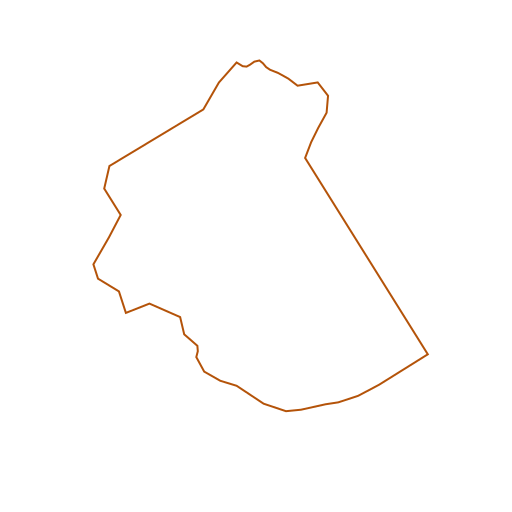 map outline of Masaka (orthographic projection), rotated 328°
{"feature_id": "UGA-3362", "entity_name": "Masaka", "entity_type": "District", "adm_level": 1, "iso_a3": "UGA", "parent_name": "Uganda", "parent_adm1": "", "projection": "orthographic", "projection_center": [31.848, -0.502], "detail": "fine", "context": "isolated", "style": "outline", "palette": "amber", "viewbox_px": 512, "rotation_deg": 328, "n_neighbors": 0, "source": "natural_earth", "source_scale": "10m", "svg_char_len": 710}
<svg xmlns="http://www.w3.org/2000/svg" viewBox="0 0 512 512"><g transform="rotate(328 256 256)"><path d="M292.1,430.4L268.5,428.7L248.2,423.7L236.4,418.6L212.7,410.2L199.2,403.5L184.2,385.3L170.8,355.8L159.6,342.9L150.8,326.6L151.8,310.1L156.2,305.9L158.7,301.1L153.6,284.4L159.3,267.6L140.4,239.9L115.5,235.3L121.0,213.4L110.0,191.5L113.7,176.9L141.1,162.3L163.0,149.5L163.0,118.4L179.4,102.0L289.0,103.8L316.5,89.2L342.1,81.6L345.3,88.0L348.4,90.4L352.2,90.6L357.6,90.3L362.5,92.0L364.0,96.2L364.7,101.2L366.6,105.5L371.8,112.6L377.4,122.7L381.5,133.6L400.3,141.5L402.0,158.3L391.8,171.9L376.7,180.3L363.1,188.7L349.6,198.9L349.6,430.4L292.1,430.4Z" fill="none" stroke="#b45309" stroke-width="2"/></g></svg>